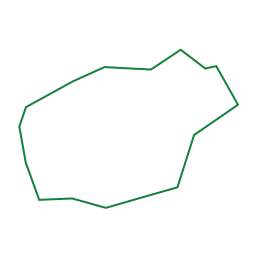 map outline of Gyôr (orthographic projection), rotated 183°
{"feature_id": "HUN-4905", "entity_name": "Gyôr", "entity_type": "Urban county", "adm_level": 1, "iso_a3": "HUN", "parent_name": "Hungary", "parent_adm1": "", "projection": "orthographic", "projection_center": [17.664, 47.662], "detail": "fine", "context": "isolated", "style": "outline", "palette": "green", "viewbox_px": 256, "rotation_deg": 183, "n_neighbors": 0, "source": "natural_earth", "source_scale": "10m", "svg_char_len": 346}
<svg xmlns="http://www.w3.org/2000/svg" viewBox="0 0 256 256"><g transform="rotate(183 128 128)"><path d="M146.0,47.1L180.2,54.7L212.9,51.6L228.3,88.1L236.6,123.7L231.0,143.5L185.5,171.7L154.7,187.6L108.2,187.6L79.5,208.9L53.9,191.4L43.1,194.4L19.4,157.0L61.6,124.5L75.5,71.4L146.0,47.1Z" fill="none" stroke="#15803d" stroke-width="2"/></g></svg>